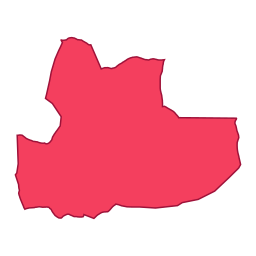 Grande Riviere/Piat, Gros Islet, Saint Lucia
{"feature_id": "8701671B1385498050924", "entity_name": "Grande Riviere/Piat", "entity_type": "district", "adm_level": 2, "iso_a3": "LCA", "parent_name": "Saint Lucia", "parent_adm1": "Gros Islet", "projection": "equal_earth", "projection_center": [-60.944, 14.04], "detail": "fine", "context": "isolated", "style": "filled", "palette": "rose", "viewbox_px": 256, "rotation_deg": 0, "n_neighbors": 0, "source": "geoboundaries", "source_scale": "gbopen_adm2", "svg_char_len": 5170}
<svg xmlns="http://www.w3.org/2000/svg" viewBox="0 0 256 256"><path d="M132.5,57.3L132.3,57.4L131.6,57.6L130.7,57.8L130.3,58.0L129.2,58.4L128.6,58.7L127.9,59.0L127.4,59.3L126.4,60.0L125.9,60.4L125.1,60.9L124.6,61.1L123.6,61.9L123.0,62.1L122.3,62.6L121.9,63.0L121.0,63.5L120.3,63.8L119.5,64.3L119.1,64.5L118.2,65.2L117.6,65.7L116.9,66.2L116.4,66.7L115.6,67.4L115.0,67.6L114.1,67.9L113.7,68.0L112.5,68.2L112.0,68.5L111.7,68.5L111.2,68.5L110.6,68.4L109.6,68.1L108.9,67.9L108.3,67.7L107.5,67.6L106.5,67.7L105.9,67.7L105.1,67.7L104.7,67.7L103.4,68.1L101.2,68.9L90.8,44.8L90.3,44.9L89.7,44.9L88.9,44.8L88.1,44.3L87.5,43.9L86.9,43.3L85.7,42.6L84.9,42.2L84.1,41.7L83.5,41.4L81.4,40.0L80.7,40.0L79.7,39.9L78.3,39.7L77.6,39.7L77.0,39.4L76.8,39.3L76.2,38.9L75.4,38.6L74.6,38.1L73.7,38.0L72.4,37.7L72.2,37.7L71.4,37.6L70.3,37.8L69.5,37.9L68.8,38.1L68.3,38.3L67.5,38.9L66.9,39.5L66.4,39.9L65.5,40.0L65.2,40.0L64.7,40.2L63.9,40.2L63.0,40.4L61.3,40.0L61.1,40.1L62.4,42.6L60.5,46.9L58.6,50.8L55.1,58.9L51.3,71.8L49.7,80.4L46.5,94.6L45.5,98.4L52.4,103.5L61.2,116.7L60.2,125.9L57.2,130.2L55.9,131.9L55.5,132.4L55.2,133.0L54.5,133.9L54.2,134.3L53.6,135.4L53.1,136.2L52.6,137.0L52.4,137.7L52.0,139.0L51.8,139.8L51.2,140.6L50.8,141.1L50.0,142.0L49.6,142.5L49.0,142.9L48.3,143.4L47.3,143.7L46.8,143.8L46.1,143.8L45.5,143.6L44.5,143.0L43.7,143.2L43.1,143.2L42.4,143.2L41.4,143.1L40.8,143.0L40.0,142.8L39.3,142.6L38.5,142.4L37.7,142.0L37.0,141.8L36.4,141.8L35.3,141.6L34.6,141.5L34.0,141.4L33.3,141.4L32.4,141.0L31.7,140.6L31.0,140.4L30.3,140.2L29.5,139.9L28.8,139.6L28.0,139.3L27.5,139.0L26.5,138.6L26.1,138.3L25.2,137.6L24.9,137.3L23.8,136.5L23.4,136.2L22.7,135.6L22.1,135.2L21.1,135.1L20.4,135.0L19.7,135.0L18.9,135.1L17.9,135.3L17.2,135.3L18.2,163.8L16.8,173.0L15.4,174.8L18.6,184.6L18.7,186.5L18.8,187.2L18.9,188.1L19.2,189.4L19.4,190.1L19.3,191.0L18.9,192.1L18.7,193.3L18.9,194.1L19.1,195.1L19.4,195.7L19.8,197.2L20.1,198.0L20.3,198.6L20.7,199.7L21.2,200.9L21.5,201.6L21.8,202.4L22.2,203.3L22.6,204.3L22.9,205.0L23.3,205.8L23.6,206.8L24.1,208.0L24.8,208.9L24.9,209.2L26.0,208.7L29.3,207.9L34.3,207.6L35.5,207.2L36.4,207.2L37.0,207.1L38.1,206.9L38.8,206.8L39.5,206.7L40.1,206.9L41.1,206.9L41.7,207.1L42.5,207.2L43.2,207.2L44.2,207.1L44.7,207.1L45.6,207.1L46.3,207.0L47.2,207.0L47.9,207.2L48.7,207.2L49.2,207.6L49.9,208.5L50.6,208.9L51.2,209.5L51.6,210.3L52.1,211.3L52.5,211.9L52.9,212.6L53.5,213.3L53.7,213.6L54.2,214.3L54.6,214.8L55.1,215.5L55.6,215.8L56.5,216.5L57.1,216.9L57.9,217.4L58.8,217.9L59.2,218.0L60.3,218.0L61.0,218.1L61.7,217.7L62.5,216.9L63.0,216.3L63.7,215.9L64.6,215.4L65.8,214.8L66.6,214.5L67.2,214.2L68.2,214.2L68.9,214.2L69.6,214.6L70.2,214.9L71.3,215.4L71.8,215.5L72.5,215.9L73.2,216.2L74.1,216.6L74.9,216.6L75.5,216.6L76.2,216.6L77.2,216.7L77.8,216.9L78.7,216.9L79.3,217.0L80.3,217.0L81.0,217.0L81.7,217.0L82.3,216.8L83.0,216.8L83.3,216.3L83.6,215.8L84.0,215.0L84.0,214.6L93.9,218.4L94.2,218.1L95.0,217.4L95.5,216.9L96.1,216.3L96.6,215.8L97.4,215.1L98.1,214.6L98.7,214.3L99.3,213.9L100.2,213.3L100.8,213.0L101.5,212.6L102.3,212.3L103.2,212.1L103.8,212.0L104.2,211.9L105.2,211.9L106.2,211.8L107.8,211.7L109.3,210.5L110.6,209.0L112.5,206.8L113.9,205.6L115.3,204.7L115.8,204.1L118.6,204.7L122.0,205.9L122.3,205.9L127.0,206.8L132.5,207.0L139.9,207.0L155.5,208.0L177.5,205.6L182.3,202.6L198.2,199.4L214.7,191.1L229.4,177.2L238.7,168.0L240.6,164.5L240.0,161.9L239.5,159.7L239.0,157.6L238.8,156.4L238.5,155.2L237.8,152.5L237.4,150.0L237.2,147.9L237.1,145.2L237.2,142.5L238.0,139.9L238.8,137.7L238.5,135.1L237.7,132.8L236.9,130.6L236.4,128.0L235.9,125.9L235.0,123.7L234.9,122.9L235.1,121.6L235.5,120.5L236.3,119.3L236.5,118.5L236.3,118.2L193.7,117.8L178.6,117.7L178.4,117.1L178.0,116.5L177.4,115.8L177.0,115.3L176.2,114.5L175.6,113.8L175.5,113.6L175.0,113.0L174.6,112.6L174.1,112.1L173.8,111.8L173.4,111.5L173.2,111.4L172.6,110.9L171.9,110.6L171.1,110.0L170.5,109.7L169.7,109.3L169.1,108.9L168.1,108.4L167.5,108.0L166.8,107.6L166.3,107.2L165.4,106.8L164.7,106.4L164.4,106.3L164.0,106.4L162.5,106.6L162.5,106.0L162.5,104.9L162.5,104.1L162.5,103.1L162.4,101.8L162.4,100.9L162.4,100.7L162.3,99.9L162.2,99.3L162.0,97.8L161.9,96.9L161.8,96.5L161.8,96.1L161.6,95.0L161.3,93.9L161.1,93.2L160.9,92.3L160.7,91.5L160.4,90.0L160.3,89.2L160.2,88.2L160.2,87.4L160.2,85.8L160.2,85.1L160.2,84.0L160.2,83.2L160.2,81.7L160.2,80.9L160.2,79.9L160.2,79.2L160.3,77.8L160.3,77.1L160.4,76.0L160.6,75.2L161.1,74.1L161.4,73.4L161.6,72.8L161.7,72.4L162.1,71.7L162.2,71.0L162.3,70.3L162.4,69.5L162.4,69.1L162.5,68.5L162.5,67.7L162.7,66.3L162.8,65.5L163.1,64.4L163.2,63.8L163.4,62.3L163.6,61.5L163.7,61.2L164.0,60.5L164.4,59.7L162.8,59.9L162.5,59.9L162.0,60.0L161.5,60.0L161.3,60.0L160.1,60.0L159.7,60.0L158.7,60.0L158.2,59.9L157.1,59.7L156.8,59.5L156.1,59.4L155.6,59.3L154.5,59.0L153.8,58.9L153.5,58.9L153.2,58.8L152.5,58.9L151.4,59.1L150.3,59.3L149.7,59.6L149.1,59.8L148.5,60.0L147.8,59.9L147.3,59.8L146.7,59.7L146.0,59.7L145.2,59.6L144.2,59.3L143.6,59.2L143.0,58.8L142.4,58.7L141.3,58.2L140.7,58.1L140.0,57.8L139.2,57.6L138.4,57.3L137.7,57.1L137.4,57.0L137.0,56.9L136.4,56.9L135.3,57.0L134.9,57.0L134.6,57.1L133.9,57.2L133.2,57.2L132.5,57.3Z" fill="#f43f5e" stroke="#9f1239" stroke-width="1.5"/></svg>